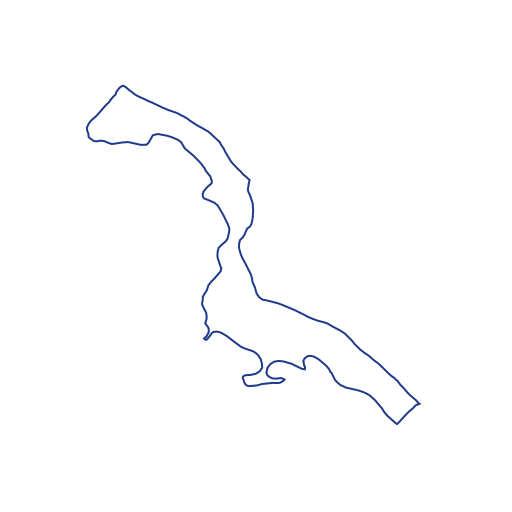 outline of VI-6 Upper Canje/Corentyn, East Berbice-Corentyne, Guyana, rotated 106°
{"feature_id": "73187651B40141145905740", "entity_name": "VI-6 Upper Canje/Corentyn", "entity_type": "district", "adm_level": 2, "iso_a3": "GUY", "parent_name": "Guyana", "parent_adm1": "East Berbice-Corentyne", "projection": "equal_earth", "projection_center": [-57.578, 5.103], "detail": "fine", "context": "isolated", "style": "outline", "palette": "blue", "viewbox_px": 512, "rotation_deg": 106, "n_neighbors": 0, "source": "geoboundaries", "source_scale": "gbopen_adm2", "svg_char_len": 3765}
<svg xmlns="http://www.w3.org/2000/svg" viewBox="0 0 512 512"><g transform="rotate(106 256 256)"><path d="M353.0,58.1L352.6,59.4L350.6,62.3L348.6,66.8L346.4,71.3L344.6,74.2L342.1,77.9L339.9,81.9L337.3,85.2L335.1,89.6L333.6,93.7L331.4,97.9L329.0,102.3L327.2,105.7L325.4,109.3L323.8,113.7L320.6,120.5L319.3,124.8L317.1,130.3L315.4,133.3L313.8,136.4L310.8,140.6L308.5,144.7L306.0,149.4L304.7,153.5L303.7,158.0L302.6,163.3L301.2,168.5L301.0,173.0L301.2,178.2L300.8,184.2L300.1,189.9L299.2,193.5L298.4,198.3L297.5,202.8L296.8,208.3L296.2,213.5L295.7,217.8L295.4,222.0L295.5,225.5L295.6,230.1L295.8,234.1L296.2,237.5L294.9,241.3L292.1,244.9L289.3,246.7L286.7,248.2L284.4,250.1L282.1,252.1L279.4,253.3L275.9,255.3L272.9,257.8L270.8,259.9L265.2,265.0L262.1,268.2L258.8,270.9L255.4,273.1L252.4,274.8L248.8,275.6L245.2,275.8L241.7,273.8L238.6,273.0L235.4,272.5L232.2,272.1L229.6,270.1L227.1,269.3L224.0,269.3L220.1,269.7L217.2,270.4L213.4,271.1L209.5,272.6L206.2,273.7L202.5,276.3L199.4,278.4L196.3,281.1L194.0,282.3L191.5,282.4L188.8,282.9L184.8,283.1L182.7,287.1L181.1,290.8L178.8,294.4L177.0,298.0L174.2,302.7L171.9,306.3L169.1,309.2L167.1,311.4L164.4,314.2L161.6,316.7L158.9,320.0L156.3,322.5L154.6,326.0L153.2,328.8L151.0,332.9L149.6,336.1L147.9,342.7L146.8,347.9L145.5,352.4L144.2,356.6L142.6,360.5L141.0,368.3L140.3,372.0L140.1,375.7L139.9,380.1L139.4,384.5L138.8,388.7L137.9,393.8L137.2,398.0L136.8,401.8L135.8,407.3L135.2,412.0L134.3,416.3L132.7,420.4L131.3,424.1L129.6,427.6L128.9,430.7L130.7,432.8L133.6,434.3L137.1,435.5L139.6,435.5L142.7,437.4L145.8,438.7L148.5,439.6L151.7,441.5L154.0,442.7L157.0,444.1L159.8,445.4L163.0,446.9L165.6,448.2L167.9,449.6L170.5,451.4L172.8,452.6L176.1,453.5L179.4,453.9L182.2,452.7L184.7,450.8L187.7,449.7L188.9,447.3L190.2,443.4L189.6,440.4L188.0,437.4L187.4,433.3L188.0,428.8L188.1,425.4L183.6,415.5L181.8,410.6L181.6,408.7L180.9,397.4L179.2,391.9L176.5,390.4L168.5,388.5L167.5,387.1L165.8,383.9L164.9,375.1L165.0,369.7L165.8,363.2L167.2,359.4L172.2,354.1L177.0,343.3L182.0,334.7L185.8,329.7L187.8,327.9L192.1,321.9L195.9,319.2L198.3,318.7L203.3,321.9L207.9,324.0L210.8,324.4L213.6,323.4L214.9,321.9L215.2,319.0L216.2,310.8L218.0,306.7L225.7,298.6L227.0,297.5L227.6,296.9L228.6,296.1L232.7,292.3L236.0,289.8L238.8,288.6L246.7,288.1L249.7,288.9L255.3,292.5L258.6,294.2L262.6,294.0L263.0,293.9L266.3,293.2L267.9,292.5L268.6,292.2L277.2,286.3L277.2,286.0L280.5,285.8L289.8,290.1L292.2,291.5L293.6,292.2L297.4,293.7L302.3,293.8L306.8,295.1L307.1,295.2L310.3,295.9L311.9,295.3L312.3,295.2L317.0,294.7L319.7,292.6L321.8,290.6L324.4,288.2L327.9,286.7L330.1,286.2L334.8,286.2L337.8,282.3L339.1,281.4L342.3,280.4L347.2,281.5L349.4,283.2L349.9,283.1L350.4,281.0L349.5,280.0L346.5,278.7L346.2,278.6L345.8,278.4L342.4,277.2L340.6,275.8L339.4,272.4L339.3,268.7L341.2,261.3L343.3,256.3L347.4,245.5L348.0,241.2L348.4,232.6L349.2,229.8L350.7,226.6L353.7,223.2L358.0,220.5L361.7,219.3L365.9,220.7L369.2,223.7L371.8,228.4L373.6,233.5L375.2,235.1L376.7,235.2L381.6,231.7L383.0,229.5L383.1,227.0L380.2,219.5L377.3,214.7L373.3,204.8L372.3,200.6L371.3,198.1L368.6,195.3L367.0,194.8L366.9,194.7L366.5,196.6L366.5,198.7L368.4,202.8L369.1,206.7L368.5,210.3L367.2,212.5L365.6,213.7L361.9,214.1L359.3,213.8L355.7,212.3L352.5,209.2L350.6,205.2L349.8,200.7L349.8,192.2L351.8,180.9L351.5,177.8L349.5,178.2L347.4,179.8L344.9,181.0L343.9,181.6L340.9,181.0L338.0,178.7L337.1,176.5L336.7,172.6L338.1,167.1L342.0,158.5L344.5,154.7L347.2,152.2L347.3,151.4L353.2,146.0L354.7,143.7L356.7,139.5L357.7,133.3L357.0,121.4L357.2,115.4L357.9,111.2L358.8,107.9L361.9,101.7L367.7,93.0L370.8,89.5L373.1,86.2L377.7,76.7L378.7,74.2L376.6,72.8L373.1,71.1L370.2,69.7L366.1,67.6L362.6,65.6L359.5,63.4L355.6,61.4L353.0,58.1Z" fill="none" stroke="#1e3a8a" stroke-width="2"/></g></svg>